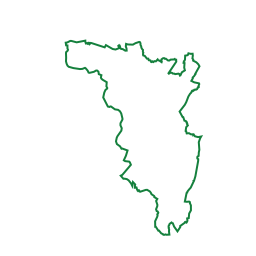 the district of Limerick City East Lea-7, Limerick, Ireland, rotated 288°
{"feature_id": "5873133B74444247037328", "entity_name": "Limerick City East Lea-7", "entity_type": "district", "adm_level": 2, "iso_a3": "IRL", "parent_name": "Ireland", "parent_adm1": "Limerick", "projection": "natural_earth1", "projection_center": [-8.537, 52.67], "detail": "fine", "context": "isolated", "style": "outline", "palette": "green", "viewbox_px": 256, "rotation_deg": 288, "n_neighbors": 0, "source": "geoboundaries", "source_scale": "gbopen_adm2", "svg_char_len": 4068}
<svg xmlns="http://www.w3.org/2000/svg" viewBox="0 0 256 256"><g transform="rotate(288 128 128)"><path d="M80.4,135.8L78.3,139.3L78.8,140.6L79.0,142.8L78.4,144.8L76.2,148.1L74.3,149.9L78.1,149.4L76.5,152.3L75.1,152.3L74.0,153.6L73.6,152.8L73.3,152.9L74.0,154.5L72.3,155.6L72.0,156.5L71.4,156.5L71.1,157.1L72.1,157.7L71.1,159.2L74.6,164.0L75.1,165.3L74.4,168.4L73.5,169.7L72.3,170.8L71.4,173.9L71.0,174.3L70.4,174.4L69.6,177.8L67.3,177.3L64.0,179.7L62.7,180.0L59.4,179.8L57.8,181.0L57.8,182.0L56.8,183.0L55.7,182.9L55.0,182.5L53.8,183.2L52.3,183.2L47.7,182.6L42.5,184.4L42.7,184.9L39.7,188.6L40.0,189.2L38.1,192.1L37.8,194.2L37.4,194.6L37.6,195.5L38.4,196.6L38.3,197.4L39.4,200.3L42.4,198.9L44.2,198.5L45.4,197.6L45.8,197.7L46.5,197.1L47.9,196.9L48.3,197.2L49.7,197.2L51.6,198.6L51.1,199.6L51.2,200.1L48.5,202.3L45.0,207.0L49.9,208.3L50.9,207.9L55.2,211.1L56.1,211.3L56.1,212.1L56.5,212.2L56.2,212.9L56.5,213.0L58.1,213.2L60.3,212.2L61.1,213.6L65.6,212.6L69.1,213.3L73.9,211.7L75.6,210.1L76.6,209.8L76.9,208.8L76.0,206.8L75.6,204.8L84.3,203.8L84.9,204.3L85.7,204.1L88.2,205.0L90.7,206.1L97.8,207.0L98.0,206.8L98.2,207.1L102.9,207.0L118.4,204.9L120.1,204.4L120.4,203.4L121.7,202.9L122.4,203.0L123.3,203.8L126.6,202.9L129.3,202.6L136.4,199.7L140.5,199.8L142.5,200.2L141.0,197.5L140.8,194.2L141.8,192.9L141.3,192.3L142.2,192.0L141.4,189.9L141.9,187.6L141.0,185.5L142.9,184.3L142.9,183.8L143.6,183.6L146.8,183.1L148.9,184.1L149.6,183.2L150.1,183.3L151.1,182.1L151.4,182.3L152.0,181.8L152.5,180.8L152.4,179.4L155.4,177.2L155.3,176.5L159.6,172.0L167.7,174.9L170.7,175.4L176.7,175.7L179.9,176.5L180.9,177.1L183.1,177.4L183.4,177.6L183.1,178.3L184.2,179.1L184.7,179.1L185.0,179.9L185.4,180.0L185.7,181.2L186.4,181.7L188.1,181.8L188.2,182.3L188.9,182.7L189.8,182.1L191.8,182.2L192.4,181.7L191.9,176.9L192.4,173.7L195.3,174.3L196.0,173.9L197.7,174.8L200.1,175.5L200.2,175.2L208.8,176.9L210.4,175.1L211.6,172.7L212.2,169.1L213.3,168.9L214.0,167.8L216.8,167.3L218.6,166.5L217.9,164.7L217.7,162.4L216.1,162.4L215.6,162.1L214.5,160.0L210.9,161.0L209.4,161.0L208.8,160.5L207.1,160.7L207.2,161.7L202.8,162.8L200.4,164.3L197.6,162.0L194.3,161.6L193.9,161.2L195.2,160.1L195.3,159.2L193.8,156.2L194.0,155.3L193.6,153.7L194.0,152.9L194.0,151.6L192.3,150.1L192.6,149.6L206.0,153.4L207.8,152.7L207.5,151.9L208.1,151.1L207.4,150.5L206.2,147.4L204.9,146.4L204.6,145.2L205.6,142.5L205.2,141.7L205.6,141.0L205.4,140.2L205.0,139.6L203.5,138.6L203.1,138.8L202.4,138.7L202.4,139.0L201.6,139.6L201.0,139.6L201.8,136.9L201.7,135.8L202.4,135.0L200.0,133.9L199.7,132.4L198.6,131.8L198.9,130.6L198.0,130.2L197.9,129.7L199.2,128.4L198.9,126.8L200.2,125.9L199.8,124.6L201.8,121.6L201.7,120.1L202.2,119.7L203.4,119.3L204.4,119.3L205.0,118.6L206.9,118.1L207.3,117.2L208.5,115.9L209.8,115.3L210.9,114.2L211.7,113.9L212.4,113.7L213.3,112.9L213.3,112.0L211.0,108.9L208.8,106.9L207.4,102.0L207.4,100.2L204.9,100.7L203.2,102.0L201.2,102.8L200.7,101.5L201.4,98.6L201.1,97.0L201.5,95.9L202.2,95.8L203.3,95.0L203.0,94.8L203.9,93.9L203.1,93.4L201.4,95.1L198.8,91.9L198.4,89.0L200.0,81.4L197.5,80.9L197.5,66.8L197.3,66.0L196.8,66.0L195.6,65.4L195.9,64.6L196.3,64.4L196.9,64.5L196.8,63.9L195.6,63.3L196.0,62.6L195.4,61.8L196.6,60.9L197.9,60.4L193.6,52.7L193.3,47.2L193.0,46.2L190.6,43.8L189.9,42.4L187.5,43.6L187.8,44.9L185.0,45.8L183.8,46.8L182.6,46.6L181.0,45.7L180.0,45.9L175.6,47.5L172.3,48.4L170.1,49.8L168.6,51.2L167.9,52.7L168.1,57.5L169.2,64.1L170.1,66.3L171.9,68.5L171.7,69.3L170.1,71.9L168.5,73.4L168.6,74.4L170.9,78.2L172.8,79.9L173.1,81.0L172.4,82.5L170.2,83.6L170.0,86.4L167.7,86.6L166.8,87.3L166.1,88.8L165.0,93.6L160.9,94.6L159.8,95.8L159.1,96.0L157.2,94.8L154.4,94.5L149.4,95.0L142.2,102.2L142.3,103.9L143.0,104.5L143.2,105.2L141.7,109.8L142.2,113.0L141.4,115.2L139.7,117.1L135.3,119.8L134.3,120.1L130.4,119.4L129.7,119.5L128.2,120.0L125.9,122.1L123.4,122.5L116.9,120.5L115.3,120.3L111.6,120.7L109.3,122.4L108.1,126.1L106.3,128.2L106.7,128.7L106.5,134.5L101.0,134.6L96.0,134.0L95.6,135.5L96.4,139.5L95.9,140.4L93.9,142.1L81.7,137.1L80.4,135.8Z" fill="none" stroke="#15803d" stroke-width="2"/></g></svg>